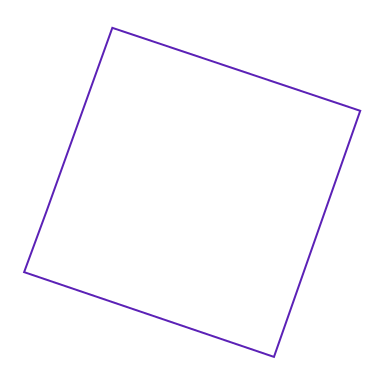 the district of McDonough, Illinois, United States of America, rotated 288°
{"feature_id": "52423323B27317612886822", "entity_name": "McDonough", "entity_type": "district", "adm_level": 2, "iso_a3": "USA", "parent_name": "United States of America", "parent_adm1": "Illinois", "projection": "equal_earth", "projection_center": [-90.715, 40.458], "detail": "fine", "context": "isolated", "style": "outline", "palette": "violet", "viewbox_px": 384, "rotation_deg": 288, "n_neighbors": 0, "source": "geoboundaries", "source_scale": "gbopen_adm2", "svg_char_len": 232}
<svg xmlns="http://www.w3.org/2000/svg" viewBox="0 0 384 384"><g transform="rotate(288 192 192)"><path d="M128.7,59.6L63.9,57.1L60.5,320.9L321.2,326.9L323.5,65.5L128.7,59.6Z" fill="none" stroke="#5b21b6" stroke-width="2"/></g></svg>